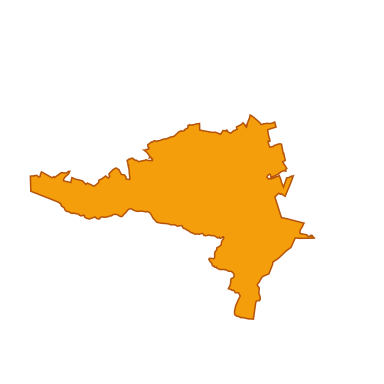 the district of Comala, Colima, Mexico, rotated 222°
{"feature_id": "50627088B21346817666237", "entity_name": "Comala", "entity_type": "district", "adm_level": 2, "iso_a3": "MEX", "parent_name": "Mexico", "parent_adm1": "Colima", "projection": "albers", "projection_center": [-103.766, 19.395], "detail": "fine", "context": "isolated", "style": "filled", "palette": "amber", "viewbox_px": 384, "rotation_deg": 222, "n_neighbors": 0, "source": "geoboundaries", "source_scale": "gbopen_adm2", "svg_char_len": 6072}
<svg xmlns="http://www.w3.org/2000/svg" viewBox="0 0 384 384"><g transform="rotate(222 192 192)"><path d="M312.3,84.7L286.3,94.4L283.5,95.2L282.8,95.2L282.1,95.5L281.6,95.1L280.9,95.2L280.4,94.5L279.3,94.2L277.7,94.6L276.1,94.6L273.8,93.5L272.0,93.8L270.2,95.0L268.5,95.1L266.7,95.9L266.2,96.6L264.6,97.9L263.7,98.1L262.7,99.1L261.5,99.6L260.3,99.4L258.6,99.9L257.6,101.2L257.3,102.1L256.5,102.5L256.1,102.5L255.5,101.6L254.8,101.5L252.5,102.0L251.1,102.9L250.3,103.1L247.4,108.5L246.8,108.7L245.4,108.5L244.4,108.8L242.7,110.1L243.1,111.3L242.7,112.6L241.7,113.7L240.0,114.7L238.0,117.2L236.9,119.4L235.9,120.4L235.5,122.3L234.5,123.8L231.8,125.5L231.0,125.4L229.1,125.8L228.0,126.4L227.5,127.6L227.7,129.7L227.4,132.6L227.7,135.6L227.2,137.5L226.8,138.1L225.9,138.8L225.2,138.9L224.5,139.3L223.3,139.3L222.5,139.8L221.6,140.0L219.7,140.9L219.3,141.5L217.9,142.7L217.1,143.8L215.3,145.0L213.0,146.3L212.0,147.7L211.2,148.0L209.7,148.3L208.3,148.2L202.7,146.3L201.1,146.4L199.0,146.0L197.9,146.0L196.8,146.5L193.4,148.6L189.6,151.6L187.2,153.0L186.0,153.3L183.8,155.2L183.1,156.1L180.0,156.8L177.8,159.6L177.4,159.8L176.4,160.2L175.0,159.4L173.5,159.4L172.5,160.2L170.8,160.2L169.9,160.6L166.9,161.1L166.0,161.0L164.8,161.7L161.6,162.6L160.1,164.3L158.3,165.4L157.5,167.0L156.9,167.8L156.2,168.2L155.1,168.3L154.1,167.7L152.4,168.8L151.0,170.9L150.1,171.7L148.4,172.4L147.3,173.7L146.0,174.4L144.6,174.8L143.6,174.8L142.1,175.1L141.6,175.8L141.4,176.7L140.6,176.4L140.0,176.4L139.2,177.9L139.2,179.3L138.6,179.8L138.1,179.6L137.2,178.2L137.2,176.7L136.8,174.9L135.0,172.3L135.0,171.2L135.7,168.4L136.2,167.2L135.2,165.8L134.9,165.1L134.9,162.9L133.7,161.1L131.5,158.7L131.1,157.9L131.2,157.2L131.4,156.9L134.1,154.9L134.5,154.5L134.7,153.7L134.4,153.2L132.3,152.5L129.9,152.3L127.8,151.1L126.8,151.0L126.2,151.7L125.4,151.3L124.8,151.4L124.0,151.8L123.5,152.5L122.2,152.1L120.9,152.7L119.8,152.8L119.4,153.3L118.3,153.8L117.4,155.0L116.3,155.9L115.7,156.0L115.0,156.9L112.2,157.5L111.2,158.0L110.6,158.7L109.7,159.2L107.9,159.5L106.5,159.1L104.9,158.4L104.1,157.2L104.0,155.8L105.0,153.8L101.4,148.6L100.2,144.4L99.4,145.0L98.4,145.2L97.8,145.7L97.3,145.7L97.0,145.6L96.4,145.8L95.4,146.6L94.5,146.8L92.5,146.1L90.0,148.2L86.6,147.0L85.2,142.0L83.3,136.4L80.2,131.3L78.7,129.8L78.1,129.5L77.2,129.5L75.7,129.7L74.8,130.1L74.4,130.6L71.2,131.5L70.5,132.6L69.8,132.8L69.3,133.2L64.9,135.6L63.7,136.8L61.3,138.6L70.6,152.4L71.0,153.4L70.9,154.5L70.1,155.8L69.3,156.1L69.3,157.7L71.0,159.5L74.8,161.7L77.8,165.8L80.3,166.1L81.5,166.8L81.8,168.8L81.8,170.5L82.4,172.0L82.4,172.8L82.7,173.7L82.6,174.1L82.9,174.9L83.0,176.3L80.1,182.6L83.8,192.5L85.1,193.8L83.4,200.1L82.6,211.0L81.4,217.1L84.5,226.9L80.6,229.9L69.7,240.1L71.2,239.2L71.8,239.4L72.1,239.7L73.6,240.1L74.3,239.6L74.0,238.8L74.7,239.0L74.6,238.4L75.7,236.9L76.8,236.7L78.1,237.0L84.0,233.4L86.1,236.0L86.7,239.7L87.7,242.8L87.9,243.0L87.9,243.8L103.7,235.6L108.4,232.8L127.1,243.8L126.7,249.1L125.0,249.4L124.6,249.7L124.4,250.4L119.9,251.1L124.6,264.5L127.5,271.7L128.0,270.4L128.5,270.6L128.8,270.0L128.6,270.0L130.0,267.1L131.1,265.8L127.3,256.9L131.3,258.7L135.4,261.3L138.4,262.6L138.5,261.3L138.7,260.6L139.5,259.9L140.7,256.9L141.8,254.9L142.2,255.6L142.3,255.3L142.8,255.0L143.5,253.7L143.7,252.9L146.0,253.1L146.4,253.3L146.6,253.7L146.7,255.5L146.4,257.1L146.0,257.4L145.2,257.2L143.6,256.2L142.1,257.6L140.4,261.9L139.0,267.6L138.3,268.8L136.2,270.4L137.6,271.1L137.2,272.9L144.8,275.1L143.8,277.9L149.7,282.1L149.9,281.6L157.3,287.3L158.2,287.2L159.3,286.2L160.5,284.4L161.2,282.7L161.9,282.0L162.2,279.9L164.2,277.4L166.8,278.7L169.5,280.6L168.0,281.8L169.1,282.9L173.5,285.6L177.5,288.9L173.0,296.5L177.4,299.3L178.3,297.1L179.4,295.4L182.5,293.0L183.4,291.6L184.6,290.5L185.0,289.4L185.6,288.4L187.9,288.9L196.1,288.8L199.5,288.4L200.3,288.0L198.9,285.6L196.1,278.2L195.7,278.4L194.9,276.6L196.5,276.7L196.3,277.2L200.5,277.5L200.4,275.8L201.2,273.2L202.7,269.7L202.6,269.9L200.4,268.8L201.6,266.2L202.2,265.5L202.1,264.4L202.7,261.5L205.3,260.7L207.6,261.4L207.8,261.0L207.4,260.4L207.6,259.9L207.8,260.0L208.8,259.5L209.6,258.7L210.1,258.5L209.4,254.3L209.9,254.3L209.9,253.6L210.6,253.6L211.6,253.0L211.9,253.2L214.9,251.9L216.1,250.5L217.5,249.4L227.7,243.2L232.3,248.0L233.1,246.7L233.9,246.1L234.6,245.2L235.3,243.7L237.9,240.6L238.7,240.6L239.5,238.5L238.6,238.0L238.1,236.9L238.0,236.3L238.9,234.7L238.9,233.7L239.3,233.2L238.7,232.5L238.9,232.0L239.7,230.8L241.0,230.3L240.9,229.7L241.6,228.9L242.2,227.3L242.1,226.0L242.4,224.5L242.5,221.6L244.7,218.5L246.9,213.8L248.2,212.9L248.6,211.6L249.5,210.8L249.7,209.8L250.5,208.4L251.6,207.3L252.3,205.7L252.9,205.7L253.9,205.3L254.5,204.5L254.7,204.0L254.6,203.1L255.0,202.3L255.5,202.2L256.1,199.8L256.0,199.3L256.6,197.7L256.0,197.3L255.5,196.4L253.4,195.9L253.6,195.4L253.0,194.9L253.9,193.5L254.5,192.9L254.5,192.1L255.7,191.0L252.6,191.3L248.9,190.7L247.6,190.5L247.7,190.2L247.1,189.5L246.2,189.7L246.2,189.2L245.3,190.3L244.2,189.8L243.6,190.1L243.4,189.4L243.0,189.4L243.0,188.8L242.6,188.7L245.1,186.5L247.9,185.0L248.5,183.4L249.1,183.0L249.5,182.2L250.6,180.9L251.7,179.0L254.6,178.4L255.3,177.6L256.2,177.5L257.1,177.6L257.6,177.2L258.7,177.4L259.3,176.9L259.4,176.5L260.3,175.5L260.2,174.9L260.5,174.6L260.4,174.3L260.9,174.1L261.3,172.0L258.9,170.4L257.2,169.0L257.0,168.8L256.7,169.1L256.4,168.4L253.2,166.1L251.7,164.5L246.7,160.0L246.8,159.5L249.6,157.6L251.1,159.0L251.8,158.9L252.5,159.3L253.8,159.5L256.1,157.8L259.9,159.1L261.1,159.7L264.6,159.0L265.6,156.1L265.9,150.8L265.7,149.6L263.5,148.5L263.5,146.4L266.9,146.2L267.7,141.9L269.1,138.5L267.7,136.4L268.6,130.8L275.8,128.6L275.8,126.7L281.0,127.0L287.3,123.5L290.9,122.4L288.4,118.0L294.8,114.4L295.9,115.4L296.4,118.1L295.8,122.9L296.7,125.6L297.6,124.7L298.0,122.2L300.5,120.0L302.1,119.0L303.8,110.8L305.0,111.0L305.6,108.9L317.3,106.3L317.3,105.8L316.7,104.7L316.4,103.5L316.2,103.1L315.6,102.8L315.3,101.6L315.5,101.0L315.9,100.7L318.2,100.5L318.8,100.3L320.5,97.9L322.6,95.9L322.7,95.6L312.3,84.7Z" fill="#f59e0b" stroke="#b45309" stroke-width="1.5"/></g></svg>